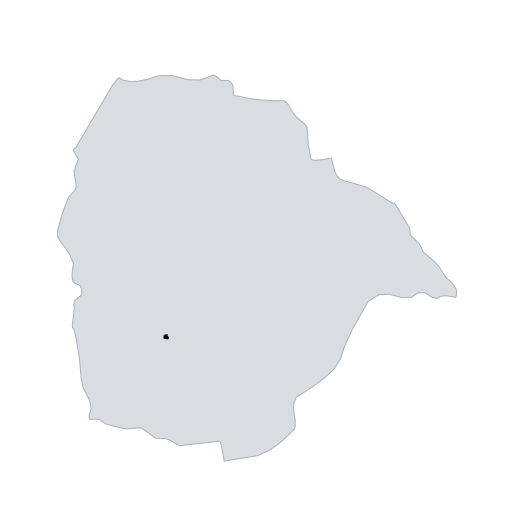 Epworth, Harare, Zimbabwe shown in context, rotated 171°
{"feature_id": "62879985B25596949610081", "entity_name": "Epworth", "entity_type": "district", "adm_level": 2, "iso_a3": "ZWE", "parent_name": "Zimbabwe", "parent_adm1": "Harare", "projection": "natural_earth1", "projection_center": [31.174, -17.897], "detail": "fine", "context": "in_parent", "style": "filled", "palette": "ink", "viewbox_px": 512, "rotation_deg": 171, "n_neighbors": 0, "source": "geoboundaries", "source_scale": "gbopen_adm2", "svg_char_len": 2616}
<svg xmlns="http://www.w3.org/2000/svg" viewBox="0 0 512 512"><g transform="rotate(171 256 256)"><path d="M363.8,453.6L359.3,450.2L353.2,448.1L345.5,447.1L335.5,447.5L323.1,449.3L309.8,447.1L295.7,440.8L283.9,438.6L269.9,441.3L269.3,441.4L266.8,439.3L263.0,434.7L256.6,433.9L254.8,432.8L253.4,431.1L252.4,428.9L252.1,426.5L253.1,419.0L252.5,418.1L250.8,417.2L247.3,416.3L238.8,412.9L228.2,409.6L210.9,406.0L204.2,405.0L202.7,403.9L200.7,401.2L197.4,392.5L194.2,386.8L186.7,378.0L185.5,375.3L185.9,368.3L186.4,362.6L187.1,357.9L186.8,353.4L186.6,347.8L186.8,344.1L185.8,342.4L183.1,341.3L175.4,340.8L166.2,341.0L165.8,335.4L164.9,326.6L163.1,321.5L161.0,318.9L156.7,316.2L148.0,312.4L136.2,306.8L126.1,298.3L114.4,287.8L110.8,286.0L106.5,276.2L99.9,259.3L100.2,253.7L99.2,251.0L92.9,242.7L91.4,238.4L90.3,234.0L80.1,221.9L76.7,216.6L74.0,209.8L71.4,204.4L69.2,202.2L66.3,198.5L64.3,194.3L63.3,191.1L64.0,186.9L65.0,184.0L74.6,187.0L79.8,187.3L83.9,185.8L88.9,187.8L95.0,193.3L101.6,194.3L108.7,190.9L118.3,192.0L130.4,197.4L140.5,198.5L152.4,193.7L163.0,180.2L172.9,167.6L182.7,153.0L188.6,141.2L197.3,131.6L208.7,124.2L220.4,118.0L238.3,110.3L241.9,104.0L243.0,97.1L243.0,87.6L243.9,81.4L245.8,78.6L248.8,76.4L252.6,73.5L264.4,66.2L274.3,61.6L286.3,58.5L299.5,58.5L312.3,58.5L319.5,58.4L319.6,67.6L320.2,78.0L321.6,79.0L331.1,79.2L346.5,80.0L361.3,80.6L370.7,88.2L373.9,89.8L383.7,91.8L396.2,104.3L411.3,105.5L421.6,109.4L430.8,113.7L436.0,118.8L439.4,120.0L444.0,120.4L446.3,120.9L445.7,124.6L442.7,130.9L443.1,139.9L447.2,152.4L447.8,163.2L446.4,182.4L446.4,200.9L446.9,207.6L447.5,212.0L448.4,214.4L448.2,217.1L445.7,224.9L443.7,233.1L443.6,236.4L442.8,238.7L441.3,240.7L434.8,244.5L433.6,246.9L433.6,251.1L434.5,254.7L436.9,256.0L439.9,258.0L441.0,260.7L441.0,263.5L440.1,268.7L437.4,277.3L440.0,287.2L443.0,293.6L447.0,301.1L448.7,305.6L448.6,308.9L448.0,312.1L441.8,325.7L437.4,334.2L432.1,343.2L425.0,348.9L423.2,351.6L422.4,354.7L422.7,361.5L422.3,368.6L416.3,379.5L420.0,388.9L419.2,389.8L417.1,391.1L408.4,401.7L399.6,412.4L393.2,420.2L385.9,429.1L377.7,439.0L370.7,447.5L363.8,453.6Z" fill="#d9dde1" stroke="#a8b0b8" stroke-width="1"/><path d="M359.0,190.8L359.1,190.7L359.1,190.4L359.3,190.2L359.3,189.8L359.3,189.7L359.5,189.6L359.4,189.3L359.3,189.2L359.2,189.2L357.6,188.7L357.4,188.7L357.2,188.6L356.0,188.2L355.7,188.6L355.4,189.2L355.7,189.6L356.6,190.4L356.6,190.5L356.3,191.9L357.0,191.9L357.8,191.9L357.6,191.6L358.0,191.5L358.1,191.3L358.1,191.2L358.1,190.9L358.1,190.7L358.5,190.9L358.7,191.0L358.8,191.0L359.0,191.1L359.0,190.8Z" fill="#0f172a" stroke="#020617" stroke-width="1.5"/></g></svg>